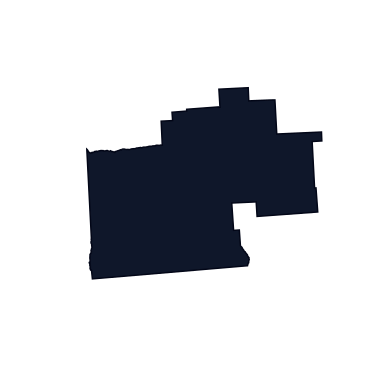 Benito Juárez, Buenos Aires, Argentina (Mercator projection), rotated 132°
{"feature_id": "61730980B96971006202376", "entity_name": "Benito Juárez", "entity_type": "district", "adm_level": 2, "iso_a3": "ARG", "parent_name": "Argentina", "parent_adm1": "Buenos Aires", "projection": "mercator", "projection_center": [-59.675, -37.588], "detail": "fine", "context": "isolated", "style": "filled", "palette": "ink", "viewbox_px": 384, "rotation_deg": 132, "n_neighbors": 0, "source": "geoboundaries", "source_scale": "gbopen_adm2", "svg_char_len": 5513}
<svg xmlns="http://www.w3.org/2000/svg" viewBox="0 0 384 384"><g transform="rotate(132 192 192)"><path d="M323.2,207.9L209.2,101.0L209.3,101.2L209.3,101.5L209.2,101.6L209.1,101.8L208.8,102.0L208.7,102.0L208.3,102.2L208.0,102.2L207.9,102.3L207.7,102.7L207.5,102.8L207.2,102.6L206.8,102.5L206.5,102.7L206.4,102.8L206.2,102.9L206.1,103.1L205.9,103.2L205.6,103.4L205.4,103.6L204.9,103.8L204.4,104.2L204.1,104.2L203.8,104.4L203.7,104.5L203.5,104.8L203.4,105.3L203.3,105.5L203.0,105.6L202.9,105.6L202.6,105.8L202.6,106.1L202.8,106.4L202.8,106.6L202.5,107.4L202.4,107.4L202.4,107.5L202.3,107.9L202.2,108.0L202.1,108.4L201.9,108.5L202.0,108.8L201.9,109.0L201.6,109.1L201.5,109.5L201.5,110.0L201.5,110.3L201.3,110.7L201.3,110.8L201.3,111.4L201.3,111.7L201.2,111.9L201.1,112.1L200.9,112.3L201.0,112.7L201.1,113.0L201.1,113.3L201.0,113.8L200.8,114.3L200.7,114.4L200.6,114.6L200.6,115.3L200.5,115.5L200.4,115.8L200.4,116.4L200.3,116.5L200.3,116.8L200.2,116.9L200.1,117.0L200.1,117.3L199.9,117.4L199.8,117.6L199.7,117.8L199.7,118.0L199.7,118.4L199.7,118.6L199.7,118.9L199.7,119.0L199.6,120.0L188.6,131.4L192.7,135.4L173.6,155.1L156.4,137.7L166.6,127.3L122.7,85.2L106.0,102.6L107.0,103.6L74.1,136.5L67.2,129.7L60.8,135.9L92.2,167.8L68.1,192.0L71.0,195.1L86.3,210.8L76.9,220.0L97.6,240.8L110.3,227.9L111.5,229.0L111.2,229.4L134.1,251.3L135.4,250.1L146.1,260.2L151.9,254.2L160.0,262.3L177.1,245.4L177.2,245.5L177.3,245.6L177.5,245.7L177.6,245.9L177.7,246.1L177.9,246.5L178.1,246.7L178.3,246.8L178.5,247.0L179.0,247.2L179.2,247.4L179.5,247.9L179.9,248.3L180.3,248.8L180.4,249.0L180.7,249.3L181.0,249.4L181.1,249.7L181.3,249.7L181.8,250.2L182.2,250.1L182.3,250.3L182.6,250.6L182.9,250.7L183.0,250.9L183.1,251.1L183.3,251.3L184.0,251.9L184.1,252.1L184.6,252.4L184.9,252.5L185.0,252.5L185.2,252.8L185.4,252.9L185.5,253.2L185.7,253.3L185.8,253.4L186.0,253.5L186.1,253.8L186.3,254.0L186.6,254.3L187.1,254.6L187.3,254.6L187.4,254.9L187.6,255.0L188.2,255.3L188.7,255.7L188.9,255.9L189.1,256.1L189.6,256.4L190.2,257.0L190.4,257.2L190.5,257.4L190.6,257.5L190.8,257.6L190.9,257.8L191.2,258.1L191.6,258.4L191.8,258.5L192.2,258.6L192.5,258.8L192.8,258.9L192.9,259.2L193.2,259.6L193.2,259.8L193.4,260.0L193.6,260.3L194.1,260.6L194.4,260.8L194.6,261.0L194.9,261.2L195.1,261.5L195.5,261.7L196.0,262.2L196.4,262.5L196.5,262.7L197.0,262.9L197.8,263.2L198.1,263.5L198.4,263.9L199.0,264.4L199.1,264.6L199.4,264.8L199.9,265.3L200.3,265.6L200.6,265.9L200.9,266.1L201.2,266.2L201.5,266.3L201.8,266.5L202.1,266.7L202.3,266.8L202.5,267.0L202.9,267.7L203.2,268.0L203.7,268.6L203.9,268.8L204.3,269.1L204.5,269.4L204.6,269.6L204.8,270.0L205.1,270.3L205.4,270.6L205.4,271.1L205.7,271.4L206.0,271.7L206.2,271.9L206.5,272.2L206.8,272.4L207.2,272.6L207.5,272.6L207.9,272.6L208.1,272.7L208.2,273.0L208.4,273.2L208.5,273.4L208.6,273.6L209.0,273.6L209.6,273.8L210.2,274.2L210.6,274.5L211.0,274.7L211.2,274.8L211.3,274.9L212.0,275.2L212.3,275.4L212.5,275.5L213.2,276.0L213.6,276.2L213.9,276.1L214.1,276.0L214.2,275.9L214.3,276.1L214.6,276.2L214.6,276.5L214.6,276.8L214.8,277.0L214.8,277.4L214.9,277.6L215.0,277.9L215.1,278.1L215.4,278.3L215.7,278.6L215.6,279.0L215.7,279.3L215.8,279.6L215.9,280.2L216.2,280.3L216.6,280.4L216.9,280.5L217.2,280.7L217.4,281.0L217.5,281.3L217.6,282.1L217.8,282.5L217.9,282.8L218.2,283.0L218.4,283.2L218.7,283.5L219.0,283.6L219.4,283.8L219.9,284.3L220.0,284.5L220.3,284.7L220.5,284.9L220.6,285.2L220.6,285.5L220.8,285.6L220.9,285.9L221.5,286.6L221.7,286.9L222.1,287.4L222.4,287.5L222.6,287.8L222.9,288.0L223.3,288.1L223.5,288.5L223.8,288.7L224.3,288.9L225.2,289.2L225.4,289.4L225.3,289.7L225.3,289.9L225.3,290.0L225.5,290.2L226.5,290.6L226.6,290.8L226.5,291.0L226.8,291.3L227.1,291.4L227.3,291.5L227.7,291.5L227.9,291.4L228.2,291.4L228.3,291.6L228.5,291.9L228.6,292.0L229.0,292.2L229.3,292.2L229.3,292.5L229.4,292.8L229.7,292.9L230.0,292.9L230.4,292.8L230.7,293.0L230.8,293.3L231.1,293.4L231.3,293.5L231.3,293.8L231.1,294.1L231.1,294.4L231.2,294.8L231.4,295.0L231.5,295.3L231.5,295.7L231.4,296.0L231.2,296.3L231.0,296.6L231.0,297.1L230.9,297.4L230.7,297.7L230.7,297.9L230.6,298.4L230.6,298.8L293.7,235.8L293.8,235.8L294.0,235.5L294.2,235.4L294.4,235.3L294.6,235.2L294.9,234.9L295.3,234.3L295.5,234.2L295.7,233.9L295.8,233.8L296.4,233.8L296.6,233.7L296.9,233.4L297.1,233.1L297.3,233.0L297.4,232.8L297.5,232.6L297.7,232.4L297.8,232.2L297.8,231.9L298.0,231.6L298.2,231.2L298.6,231.0L299.1,230.5L299.2,230.4L299.5,230.0L299.6,229.8L299.6,229.6L300.3,229.1L300.8,229.0L301.0,228.8L301.6,228.6L301.9,228.4L302.5,228.1L302.9,228.0L303.1,227.8L303.5,227.4L303.6,227.2L303.7,226.8L303.9,226.8L304.5,226.4L304.8,226.3L305.0,226.2L305.2,226.3L305.3,226.3L305.5,226.3L305.9,226.0L306.4,226.0L306.6,226.0L306.8,225.9L307.1,225.6L307.3,225.4L307.5,225.2L307.9,225.0L308.1,224.8L308.5,224.4L308.8,224.2L309.0,224.1L309.2,223.8L309.4,223.6L309.6,223.5L309.9,223.2L310.2,222.8L310.3,222.6L310.6,222.4L310.7,222.2L311.4,221.6L311.9,221.4L312.2,221.1L312.4,220.9L312.7,220.9L312.9,220.9L313.0,220.7L313.2,220.8L313.3,221.0L313.4,220.9L313.4,220.6L313.3,220.3L313.4,220.2L313.7,220.1L313.7,219.9L313.8,219.9L313.9,219.7L313.9,219.4L314.4,219.3L314.6,218.9L314.8,218.7L315.0,218.7L315.1,218.3L315.1,218.1L315.1,217.9L315.3,217.8L315.6,217.8L316.0,217.5L316.0,217.2L316.3,217.1L316.4,216.9L316.7,216.7L316.8,216.5L317.1,216.5L317.3,216.4L317.3,216.2L317.2,216.1L317.4,215.7L317.5,215.3L317.8,215.1L317.8,214.9L317.7,214.8L317.5,214.7L317.4,214.6L317.4,214.4L317.5,214.4L317.5,214.2L323.2,207.9Z" fill="#0f172a" stroke="#020617" stroke-width="1.5"/></g></svg>